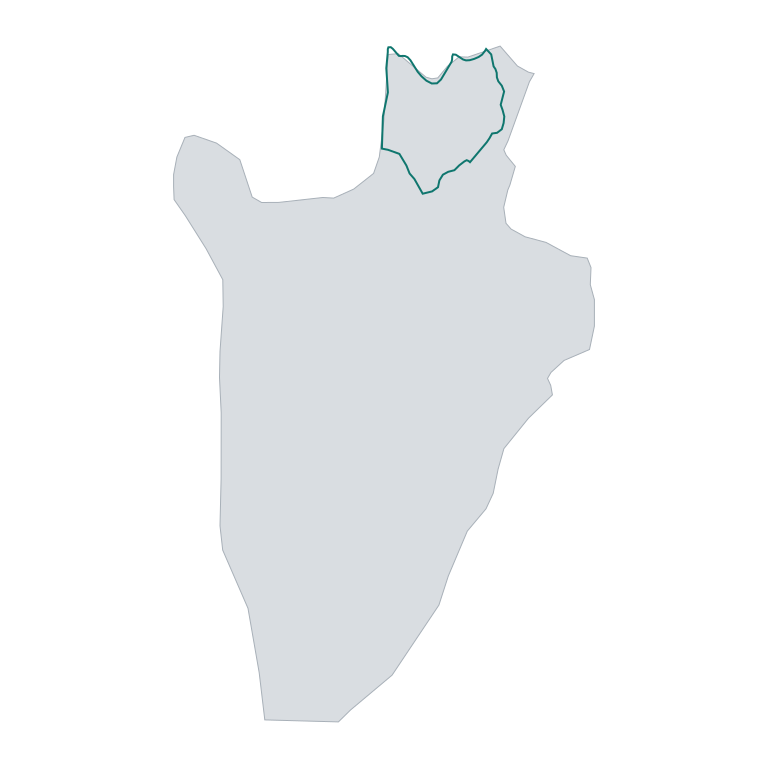 location of Kirundo within Burundi
{"feature_id": "BDI-2643", "entity_name": "Kirundo", "entity_type": "Province", "adm_level": 1, "iso_a3": "BDI", "parent_name": "Burundi", "parent_adm1": "", "projection": "equal_earth", "projection_center": [30.179, -2.549], "detail": "fine", "context": "in_parent", "style": "outline", "palette": "teal", "viewbox_px": 768, "rotation_deg": 0, "n_neighbors": 0, "source": "natural_earth", "source_scale": "10m", "svg_char_len": 1920}
<svg xmlns="http://www.w3.org/2000/svg" viewBox="0 0 768 768"><path d="M534.1,73.6L529.4,81.8L508.0,140.9L503.8,149.8L506.2,155.2L515.3,166.4L509.9,185.0L507.8,190.0L503.7,207.3L506.0,223.3L511.1,229.1L525.1,236.8L546.0,242.4L570.6,255.7L587.2,258.1L591.0,267.6L590.3,284.7L594.4,299.6L594.4,326.1L589.5,349.5L564.1,360.4L551.0,372.4L547.5,378.4L550.7,385.4L552.4,394.9L528.5,418.2L503.9,448.6L498.1,469.1L493.2,493.3L486.0,508.8L467.3,531.1L448.3,576.0L438.9,605.1L392.1,675.1L350.5,710.0L338.4,721.9L264.8,719.9L259.2,672.7L248.0,608.3L222.7,550.1L220.0,525.8L221.1,478.9L221.2,412.9L219.5,377.4L220.0,351.6L223.2,306.6L222.8,279.7L206.1,248.7L185.4,215.8L174.1,199.6L173.6,186.6L173.6,174.6L176.9,157.0L185.0,137.4L194.1,135.3L216.5,143.1L239.8,159.7L252.2,197.1L261.6,202.5L278.8,202.4L322.8,197.5L333.7,198.1L353.7,189.1L373.6,173.4L379.3,157.0L383.9,120.4L388.1,54.5L398.2,53.7L426.0,77.2L431.9,78.8L437.8,77.9L447.4,66.3L459.2,56.8L467.9,57.1L500.1,46.1L517.4,66.0L528.3,72.1L534.1,73.6Z" fill="#d9dde1" stroke="#a8b0b8" stroke-width="1"/><path d="M466.0,60.4L469.7,60.2L474.2,58.9L478.6,57.0L482.0,54.7L485.0,50.9L486.1,49.0L491.2,54.4L493.6,66.4L495.4,69.0L496.7,72.8L496.9,77.4L498.3,81.3L501.8,85.7L504.1,91.5L500.7,104.8L502.6,110.1L504.3,116.5L503.6,123.1L501.8,129.2L497.1,132.8L492.1,133.5L489.5,138.2L486.8,142.2L470.0,162.2L468.6,161.0L466.7,160.2L464.4,161.4L459.2,165.4L454.4,170.2L448.2,171.8L442.9,174.7L439.4,180.4L438.0,187.2L432.1,191.4L422.7,193.7L414.4,179.0L409.6,173.5L406.4,165.5L399.4,153.9L388.0,149.8L381.9,148.6L382.9,116.3L387.9,92.4L386.3,68.2L387.8,52.0L387.8,49.1L388.4,47.3L390.8,47.2L392.7,48.7L394.3,50.5L394.7,51.0L398.8,55.8L400.7,56.1L402.6,55.9L404.9,56.0L407.6,57.2L410.4,60.2L417.7,71.8L421.5,76.3L426.4,80.7L431.8,83.5L437.0,83.3L441.0,79.5L451.6,61.7L452.1,59.5L452.2,56.5L453.0,54.4L455.8,54.7L463.1,59.5L466.0,60.4Z" fill="none" stroke="#0f766e" stroke-width="2"/></svg>